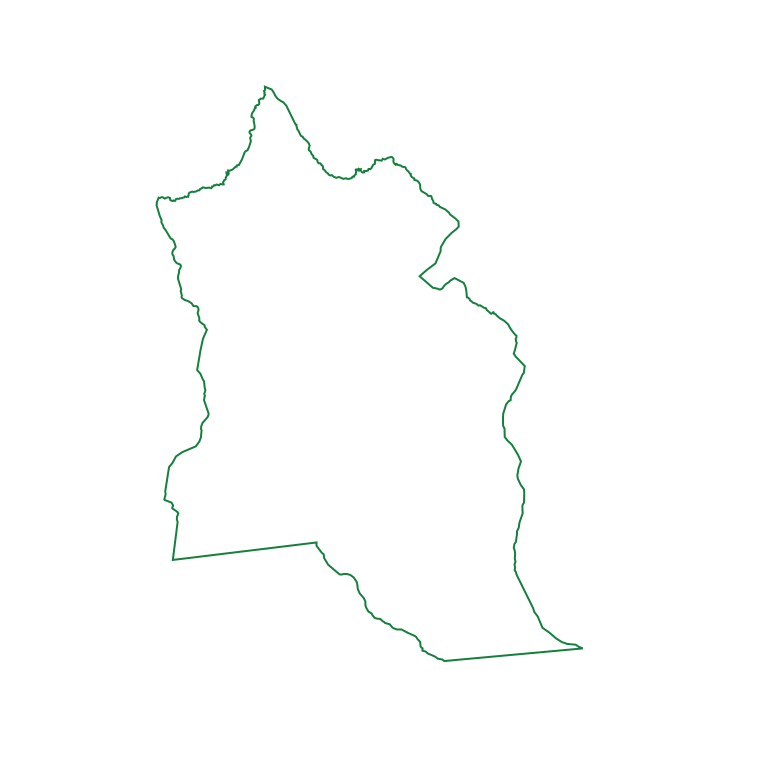 outline of Tilcara, Jujuy, Argentina, rotated 199°
{"feature_id": "61730980B79181726487815", "entity_name": "Tilcara", "entity_type": "district", "adm_level": 2, "iso_a3": "ARG", "parent_name": "Argentina", "parent_adm1": "Jujuy", "projection": "mercator", "projection_center": [-65.303, -23.584], "detail": "fine", "context": "isolated", "style": "outline", "palette": "green", "viewbox_px": 768, "rotation_deg": 199, "n_neighbors": 0, "source": "geoboundaries", "source_scale": "gbopen_adm2", "svg_char_len": 6166}
<svg xmlns="http://www.w3.org/2000/svg" viewBox="0 0 768 768"><g transform="rotate(199 384 384)"><path d="M431.1,593.2L433.3,594.5L433.7,595.3L434.5,595.9L437.6,595.4L438.9,596.0L442.2,595.7L444.0,596.3L444.4,596.0L444.4,595.1L445.8,595.6L447.5,597.2L448.2,599.9L449.9,601.1L451.1,601.0L454.0,599.1L456.2,596.6L458.5,596.5L458.9,594.5L459.2,594.3L464.2,593.5L465.2,593.0L465.2,592.2L464.3,589.2L465.6,587.8L466.3,583.6L466.8,582.9L468.6,582.3L468.6,580.8L469.9,579.7L472.1,579.0L471.7,577.6L473.1,577.0L474.0,577.2L475.5,578.3L475.9,579.6L476.8,579.1L477.7,579.2L477.3,577.5L477.8,577.4L479.0,578.3L480.3,577.8L480.5,577.4L479.3,575.3L479.3,573.9L478.9,573.2L480.0,571.4L479.7,570.4L481.3,569.7L481.5,568.3L482.6,567.4L485.0,566.0L486.8,566.2L489.3,564.7L493.9,565.1L496.3,563.4L499.0,563.6L501.3,564.5L502.0,563.9L503.4,563.7L504.7,564.1L505.4,564.8L508.0,565.5L509.0,566.5L511.6,567.5L512.3,569.2L513.2,570.4L514.5,570.7L515.5,571.7L516.4,571.9L517.7,571.4L519.2,572.5L519.8,573.8L520.6,574.3L524.3,575.0L525.2,576.7L527.2,577.7L529.0,579.8L531.1,580.6L531.8,581.8L531.9,585.2L533.4,587.0L536.7,589.0L539.8,590.0L541.2,591.2L543.5,591.7L547.5,595.8L548.7,596.4L550.9,599.6L551.2,600.7L552.1,600.7L553.2,601.6L566.9,615.3L570.9,617.6L573.8,618.0L577.7,619.2L581.2,621.6L582.7,623.3L586.0,625.9L593.4,626.3L592.2,623.5L592.9,621.9L591.7,620.8L591.7,619.4L590.5,618.7L590.9,617.4L591.1,614.6L593.6,613.6L593.8,612.8L594.8,611.7L593.3,608.9L593.2,607.9L593.8,606.8L594.9,606.4L596.1,604.4L595.9,603.4L595.3,603.2L595.9,602.4L596.0,600.3L596.8,597.4L596.8,595.6L596.3,593.4L594.4,593.2L593.3,592.2L592.8,590.1L590.7,586.6L589.8,584.4L589.6,583.0L590.1,582.2L592.7,580.3L593.2,579.6L593.2,578.3L592.7,577.6L591.0,576.6L590.2,575.7L590.7,573.5L590.4,572.5L588.9,570.3L588.8,563.6L589.2,560.6L590.7,558.9L591.2,557.8L591.4,550.3L592.5,543.8L594.3,542.8L594.1,541.5L594.9,541.3L597.0,537.5L599.7,535.2L600.9,535.2L600.8,534.4L599.9,533.2L601.9,532.7L601.4,531.6L600.7,531.1L599.4,532.1L599.3,531.4L600.4,530.1L600.7,528.9L600.8,527.7L600.4,525.9L601.6,524.4L601.5,523.6L601.9,522.4L600.6,520.6L601.5,520.1L603.8,519.9L604.7,518.2L607.3,518.1L608.3,516.9L609.3,516.7L609.3,516.1L610.3,514.8L610.8,514.8L611.0,513.0L613.8,512.6L616.2,511.3L619.3,511.0L620.2,509.4L621.2,508.8L621.7,507.0L623.2,506.3L624.1,505.0L626.8,503.5L628.1,503.4L630.2,501.6L630.6,500.6L630.1,497.4L630.7,497.4L631.5,496.5L633.3,496.5L633.6,495.5L636.4,493.5L637.7,493.0L638.1,492.3L640.0,491.8L641.0,490.9L641.0,489.4L641.4,488.9L643.0,488.9L643.4,488.2L645.6,488.2L646.1,488.5L646.9,490.2L648.6,490.3L649.3,490.1L651.8,487.9L654.0,488.6L655.3,488.1L656.4,486.9L657.7,486.8L658.0,481.6L657.4,480.3L657.4,479.2L650.6,469.7L647.7,466.7L647.4,465.0L646.6,463.8L644.6,462.1L643.3,460.1L640.8,458.6L633.2,452.2L630.8,451.8L629.0,450.4L625.8,446.2L625.6,445.5L626.1,443.4L626.7,442.7L627.0,440.7L626.8,438.8L626.0,437.4L624.5,436.3L623.0,433.3L620.2,431.2L618.7,430.7L616.1,430.7L614.7,430.0L614.2,428.7L614.8,424.7L614.2,423.3L613.7,418.1L613.0,416.4L606.5,407.5L606.5,405.7L604.0,402.0L603.8,400.6L603.1,399.5L599.3,398.5L597.0,398.7L594.5,398.3L592.1,397.6L589.4,395.6L586.8,396.5L585.5,396.3L584.4,395.3L583.5,393.8L583.4,390.8L582.9,389.7L580.1,386.3L579.3,383.6L577.3,382.5L572.7,381.1L572.1,379.6L569.1,377.6L569.9,367.7L568.6,356.9L565.2,336.3L560.9,333.9L557.0,329.5L555.1,328.0L552.3,322.1L550.8,319.7L550.7,316.0L549.4,314.4L549.5,313.4L548.9,310.1L540.3,299.1L539.9,297.6L540.0,295.3L543.0,287.9L543.0,284.1L542.2,281.6L541.4,280.8L539.7,273.7L539.9,269.3L541.7,263.7L552.4,254.1L557.1,247.8L558.3,240.6L560.2,235.5L555.9,211.3L554.5,208.5L554.2,203.5L553.6,202.9L546.3,202.7L544.0,200.6L543.8,199.5L544.1,198.5L543.5,197.4L539.3,196.3L537.3,195.5L536.5,194.8L536.3,192.5L536.6,191.3L535.9,188.8L534.2,186.3L526.4,148.9L396.2,212.2L395.2,209.1L387.8,204.1L385.6,203.4L384.0,200.0L377.9,194.9L364.2,189.6L362.5,189.8L359.9,191.4L357.2,192.3L353.8,192.5L349.8,191.3L346.0,188.5L344.7,187.1L342.0,181.6L338.8,178.1L333.5,175.0L331.5,173.1L330.6,171.9L329.6,168.8L328.2,166.9L324.7,163.8L321.0,163.0L319.7,161.7L316.9,159.9L315.0,159.8L310.9,160.6L308.2,159.3L306.6,159.1L305.2,158.4L300.4,158.7L296.8,156.5L295.5,156.2L291.8,156.1L287.5,157.6L280.0,156.4L272.8,155.8L271.3,155.3L268.9,153.5L265.8,151.9L264.2,148.1L262.9,147.0L261.4,146.6L260.9,144.4L257.5,144.6L255.0,143.5L247.1,142.9L243.5,141.8L239.2,142.5L236.8,141.7L110.0,198.7L113.9,198.9L118.0,199.9L126.0,197.9L131.8,197.9L138.2,199.4L146.5,202.7L154.8,205.1L162.9,214.2L167.7,217.4L170.0,220.6L195.7,246.0L197.2,247.7L198.1,249.2L199.9,250.6L200.3,253.2L201.7,255.5L201.9,259.0L203.4,261.3L204.8,266.4L206.0,268.8L207.9,271.2L208.6,275.0L207.9,277.6L209.4,285.4L210.3,288.0L209.8,292.0L210.8,296.9L210.8,306.9L213.2,313.0L213.6,314.9L213.0,317.4L216.0,326.9L217.4,330.0L222.0,333.2L226.4,337.8L228.1,340.7L229.3,347.6L229.3,355.4L234.2,360.6L243.4,368.3L248.6,370.6L252.6,373.2L255.5,381.0L257.8,383.3L260.7,391.4L261.6,394.8L261.9,404.4L260.5,408.4L259.0,409.9L259.9,413.3L259.6,415.6L257.9,419.7L257.3,422.3L256.2,437.6L255.4,440.2L256.8,446.8L268.4,452.8L271.2,454.9L271.3,459.2L271.9,466.1L273.0,467.3L274.2,469.6L273.9,471.1L274.5,472.8L275.8,473.2L279.5,475.4L283.3,478.2L286.0,480.8L290.8,482.9L295.9,483.9L299.9,485.5L301.0,486.3L303.4,486.5L303.7,486.7L303.8,488.2L304.6,486.3L305.5,485.3L305.9,485.4L311.0,487.5L312.3,488.9L314.1,488.6L318.7,489.7L320.3,488.9L322.5,489.8L326.7,489.9L327.9,490.6L329.7,491.0L331.0,492.4L333.0,493.1L333.8,492.9L336.6,499.1L338.6,502.5L341.7,505.6L351.8,507.1L355.0,503.3L355.8,501.4L357.9,498.8L359.2,496.1L359.9,493.3L361.9,491.4L364.3,491.6L369.1,490.9L385.4,497.5L380.7,505.7L374.6,514.8L373.7,528.0L374.7,531.1L374.7,532.5L373.0,541.1L369.2,549.0L366.1,553.8L364.6,557.1L366.5,561.9L370.6,563.8L376.7,565.8L378.4,567.2L382.9,569.0L389.2,569.7L390.3,570.7L392.7,570.5L393.5,571.4L395.3,571.2L396.2,571.5L397.1,573.2L398.9,574.7L400.4,577.0L401.3,577.0L403.5,576.2L405.5,577.4L411.4,578.6L413.2,580.4L415.0,584.6L416.9,586.1L418.5,587.0L421.8,586.9L422.3,588.2L425.1,588.7L426.6,589.9L426.9,591.2L427.9,591.3L430.1,593.0L431.1,593.2Z" fill="none" stroke="#15803d" stroke-width="2"/></g></svg>